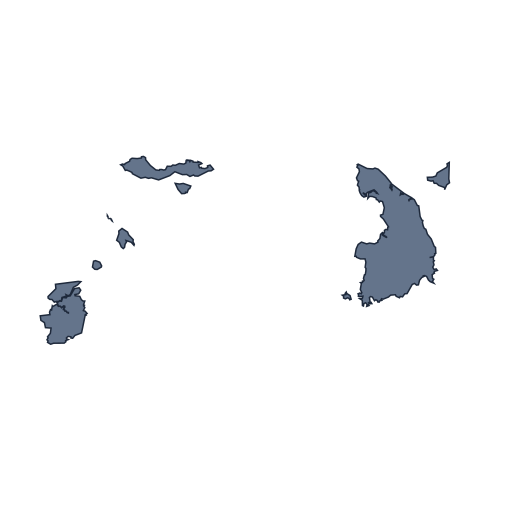 outline of Montijo, Veraguas, Panama, rotated 204°
{"feature_id": "35544464B52455238358598", "entity_name": "Montijo", "entity_type": "district", "adm_level": 2, "iso_a3": "PAN", "parent_name": "Panama", "parent_adm1": "Veraguas", "projection": "orthographic", "projection_center": [-81.451, 7.644], "detail": "fine", "context": "isolated", "style": "filled", "palette": "slate", "viewbox_px": 512, "rotation_deg": 204, "n_neighbors": 0, "source": "geoboundaries", "source_scale": "gbopen_adm2", "svg_char_len": 6139}
<svg xmlns="http://www.w3.org/2000/svg" viewBox="0 0 512 512"><g transform="rotate(204 256 256)"><path d="M140.9,258.8L138.6,254.0L137.5,254.0L138.1,256.5L136.8,257.9L134.7,256.8L134.4,255.0L132.6,256.7L133.9,257.3L133.6,258.1L130.8,259.6L132.1,260.5L133.3,259.4L133.9,259.5L133.0,260.3L135.5,264.2L134.8,265.6L132.9,265.8L129.6,263.3L128.8,264.7L127.2,264.7L126.0,263.5L124.7,264.0L125.0,265.0L123.1,266.6L124.0,266.9L123.9,268.1L122.4,268.2L118.3,272.4L117.1,275.0L112.9,277.3L111.6,276.2L107.9,276.2L107.8,277.7L105.5,278.3L104.8,281.9L102.7,283.1L101.7,293.6L100.0,295.4L97.5,294.7L95.9,295.7L96.7,300.4L95.8,303.8L93.7,306.3L95.6,305.1L94.9,306.1L94.0,306.7L91.8,306.7L88.7,304.2L86.4,303.4L82.5,303.5L84.5,304.6L84.1,307.1L85.6,307.3L87.5,310.6L86.0,312.9L86.8,313.5L86.6,314.7L84.4,316.6L86.1,317.5L87.9,316.1L90.0,317.7L89.8,320.3L91.7,322.8L91.2,324.2L92.3,324.5L93.5,327.3L96.8,325.2L93.5,327.7L93.0,329.9L93.7,330.8L92.8,331.6L95.5,336.9L97.1,337.3L102.8,342.8L108.2,345.6L111.7,349.5L113.4,349.6L115.3,351.3L117.6,354.3L118.0,356.3L119.0,356.2L122.1,358.8L127.7,368.0L129.2,367.8L134.2,371.8L137.1,372.4L136.8,371.7L139.1,369.5L138.6,368.5L138.5,368.1L139.3,369.6L137.9,371.8L137.0,371.6L137.4,372.5L145.9,373.4L146.7,372.1L148.4,371.8L149.3,372.2L148.5,371.2L149.0,370.5L149.4,372.4L148.3,372.1L146.4,373.5L161.5,377.0L160.9,376.1L162.0,375.6L161.5,374.3L159.8,374.6L159.7,373.7L160.4,372.8L159.2,372.6L158.6,371.9L158.6,371.4L160.6,372.7L159.9,374.5L161.5,372.8L162.1,372.7L161.3,373.3L162.2,375.5L161.2,376.2L162.3,377.6L170.3,381.7L179.7,385.0L183.1,384.7L184.6,383.1L190.1,381.1L200.1,381.5L200.7,380.4L199.8,380.1L200.0,378.2L197.3,377.4L195.8,375.0L196.0,368.2L193.9,366.1L192.6,366.1L192.2,362.0L189.8,360.8L188.6,358.5L188.2,359.2L188.3,357.8L186.6,356.0L184.0,354.2L181.4,353.7L179.5,355.4L180.0,356.7L181.2,356.0L184.2,357.2L180.8,357.1L180.1,359.4L175.1,364.5L171.6,363.3L170.5,362.6L171.5,362.6L171.6,361.6L171.6,363.0L175.8,363.4L177.0,360.8L178.8,359.4L177.3,354.2L176.5,356.7L173.8,357.7L170.0,357.9L169.0,356.5L167.8,356.8L165.3,355.4L164.9,356.8L162.6,357.2L158.4,352.3L157.0,345.7L158.9,344.0L158.3,342.8L154.7,341.6L146.8,336.5L147.3,335.8L146.5,333.5L148.1,333.2L149.1,331.7L148.2,329.6L149.0,327.2L147.7,326.9L147.1,326.4L146.7,327.0L145.8,326.3L145.1,326.7L143.8,326.1L145.7,326.0L146.6,326.7L147.1,326.2L149.0,326.6L149.2,328.8L150.0,328.9L151.0,326.4L149.9,322.3L150.9,319.3L150.2,318.3L152.6,315.3L157.5,314.0L159.8,312.1L165.3,311.6L167.4,308.1L167.4,303.3L165.6,295.9L164.4,296.5L163.6,295.7L159.4,295.8L155.2,297.7L153.1,295.0L151.7,290.0L150.5,289.4L149.5,286.9L148.6,283.4L149.3,282.9L148.7,279.2L147.3,277.8L147.5,276.8L148.5,276.4L148.0,275.2L149.7,274.2L148.6,273.8L147.1,267.9L144.4,265.5L144.5,264.3L146.1,264.4L147.4,262.9L146.4,262.3L146.2,260.9L145.3,260.8L142.0,262.8L141.6,260.7L143.9,259.2L140.9,258.8ZM394.8,100.4L395.5,101.3L393.5,103.3L395.4,103.3L395.9,104.1L395.0,106.1L392.2,106.9L391.7,105.8L390.0,106.3L389.1,109.8L384.1,114.8L387.9,132.1L387.2,132.8L388.0,133.1L386.9,134.8L389.7,136.1L391.5,135.9L391.4,139.3L393.0,140.2L392.7,141.2L393.7,141.2L394.1,145.2L395.7,144.5L397.8,145.1L400.6,147.5L405.1,146.1L405.8,147.1L402.6,149.3L402.2,153.5L404.7,155.0L408.5,152.4L409.5,144.0L412.0,142.3L412.4,140.5L415.7,139.5L415.3,135.5L417.2,134.9L418.6,132.5L416.0,129.8L414.6,130.6L412.5,129.9L411.5,132.2L410.4,132.4L409.8,131.6L410.1,128.8L408.9,129.0L408.2,128.0L406.7,128.5L405.6,127.6L404.4,128.1L404.2,127.6L405.7,127.5L406.7,128.4L408.2,127.9L408.9,128.8L410.2,128.7L410.5,132.2L411.4,132.0L412.4,129.6L414.4,130.4L416.1,129.6L418.3,131.0L421.1,127.2L421.8,127.6L420.8,123.5L421.9,123.5L421.8,120.7L420.4,118.6L428.8,113.6L426.3,109.7L422.2,109.1L419.2,104.9L413.9,106.8L412.4,101.7L413.6,97.4L412.6,96.6L412.9,94.4L411.4,93.9L411.3,92.3L407.7,91.9L405.4,94.0L395.8,98.4L394.8,100.4ZM402.4,280.9L392.8,280.3L389.1,282.9L385.8,283.2L383.4,284.9L375.9,285.9L367.4,294.4L364.4,300.0L356.3,300.4L352.4,302.3L348.7,301.8L346.0,304.6L344.5,304.2L341.4,305.4L334.2,314.2L331.6,315.6L330.1,318.0L334.9,320.4L337.0,318.6L336.1,317.2L338.2,315.1L341.4,314.1L342.0,314.7L343.5,313.6L345.5,315.7L343.0,318.4L344.3,318.9L347.3,318.7L346.8,318.0L351.6,316.2L352.1,317.0L354.7,316.8L354.8,315.3L356.3,316.4L357.2,315.4L358.1,315.8L358.7,315.0L357.9,312.4L359.3,310.6L363.7,309.3L366.6,306.0L369.0,305.3L370.0,303.4L373.6,301.9L373.8,298.1L375.2,297.0L377.3,296.7L379.2,295.8L379.2,294.9L382.5,293.9L389.3,295.7L395.9,299.0L396.9,300.9L399.3,301.2L401.0,300.1L400.6,298.9L404.1,296.7L409.0,294.9L410.3,292.9L410.0,291.1L413.2,287.2L413.2,286.1L415.4,285.7L416.7,284.3L414.3,284.0L410.2,281.0L409.0,281.9L405.9,282.0L403.3,281.9L402.4,280.9ZM424.7,133.3L421.5,131.8L421.0,132.6L419.4,132.7L419.3,133.6L418.3,133.1L417.3,135.3L415.6,135.8L416.4,139.2L412.2,142.9L413.3,142.9L413.8,143.4L411.5,143.3L410.0,145.1L410.1,153.1L407.3,156.8L405.6,161.3L408.1,160.5L427.7,148.6L425.5,144.7L429.5,134.4L428.8,133.0L426.7,132.5L424.7,133.3ZM117.8,394.8L111.4,395.3L110.7,393.3L110.7,398.6L109.0,401.6L111.2,404.8L117.5,420.1L119.0,417.9L117.8,416.2L117.9,414.5L124.2,405.7L124.2,402.2L126.9,399.8L131.5,397.6L130.0,395.1L126.5,395.6L124.9,396.8L122.8,394.9L120.6,395.8L117.8,394.8ZM380.3,208.8L379.6,210.4L380.4,213.5L380.0,216.2L381.1,217.3L375.6,217.8L371.8,216.1L371.9,217.2L374.2,219.1L374.8,221.0L380.9,223.5L383.0,225.6L389.6,226.7L391.5,223.0L390.3,220.6L389.7,213.7L386.4,212.9L382.8,209.5L380.3,208.8ZM349.3,282.7L346.6,284.1L345.8,285.0L346.2,285.6L344.7,286.0L344.9,289.7L344.0,290.5L344.0,293.4L352.0,292.7L355.2,290.6L359.4,289.5L354.3,285.1L349.3,282.7ZM400.9,179.4L397.9,178.3L395.6,179.1L392.8,183.0L393.0,184.2L396.2,186.8L400.7,186.5L402.3,185.2L400.9,179.4ZM158.9,253.2L156.9,253.2L155.4,255.0L153.7,255.1L152.6,254.1L151.5,255.2L154.0,258.1L157.9,258.7L158.9,259.8L159.3,258.3L158.2,258.3L158.1,257.4L161.2,255.3L159.6,254.9L158.9,253.2ZM408.3,232.6L408.0,231.9L406.9,231.2L407.2,231.8L408.3,232.6ZM402.9,230.3L402.5,229.7L401.7,229.5L402.4,230.2L402.9,230.3ZM404.8,230.7L403.6,230.7L403.5,230.9L404.1,231.1L404.8,230.7Z" fill="#64748b" stroke="#1e293b" stroke-width="1.5"/></g></svg>